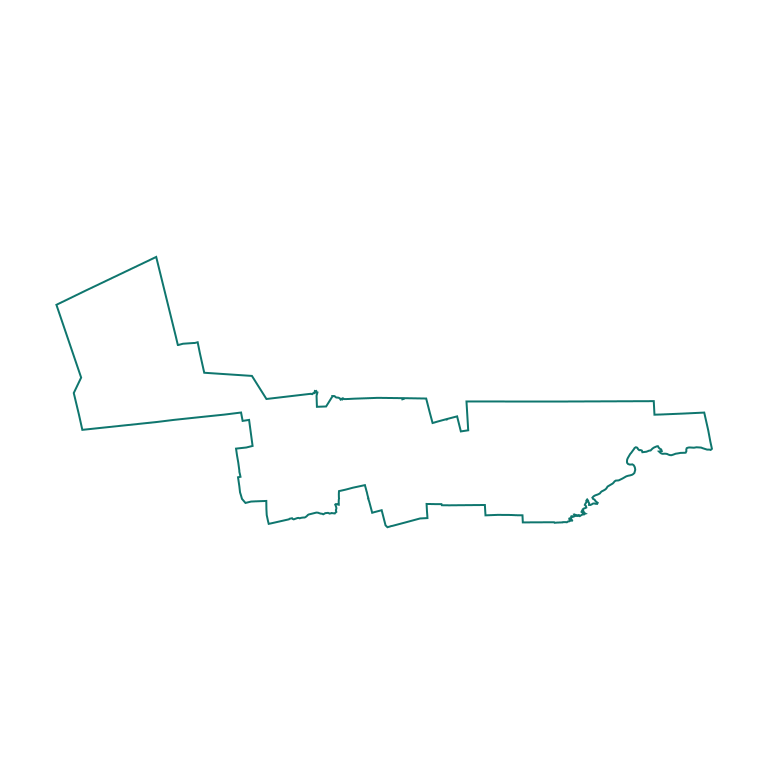 Tulumba, Córdoba, Argentina, rotated 346°
{"feature_id": "61730980B98199782535920", "entity_name": "Tulumba", "entity_type": "district", "adm_level": 2, "iso_a3": "ARG", "parent_name": "Argentina", "parent_adm1": "Córdoba", "projection": "equal_earth", "projection_center": [-63.376, -30.11], "detail": "fine", "context": "isolated", "style": "outline", "palette": "teal", "viewbox_px": 768, "rotation_deg": 346, "n_neighbors": 0, "source": "geoboundaries", "source_scale": "gbopen_adm2", "svg_char_len": 5861}
<svg xmlns="http://www.w3.org/2000/svg" viewBox="0 0 768 768"><g transform="rotate(346 384 384)"><path d="M117.1,221.2L85.3,227.9L91.7,304.5L80.8,317.7L80.6,339.8L80.2,355.5L105.2,359.0L155.1,366.0L171.5,368.0L200.8,372.1L221.9,375.1L238.4,377.1L237.9,385.6L244.4,386.2L241.5,412.3L235.0,412.3L224.8,410.9L224.1,417.8L223.6,424.8L222.7,433.0L222.4,434.3L222.4,436.7L222.3,439.3L219.8,439.2L218.9,448.2L218.1,454.3L218.3,457.7L218.4,461.1L220.8,465.9L226.5,465.9L230.1,466.6L241.5,469.0L239.6,477.1L238.5,482.8L238.3,488.5L238.3,491.8L240.5,491.9L259.0,492.3L259.8,491.9L261.6,492.0L262.3,492.0L262.8,492.9L263.7,493.5L265.5,493.3L267.6,493.1L268.8,493.3L269.7,493.9L271.3,493.8L273.1,494.0L274.5,494.3L275.6,494.2L277.3,493.4L278.6,492.6L279.4,492.4L281.0,492.4L282.3,492.4L285.3,492.4L287.2,492.4L288.8,492.9L289.8,493.6L291.1,494.4L292.5,494.9L293.5,495.7L294.9,495.4L295.7,495.1L297.8,495.4L298.5,495.5L299.2,496.0L299.7,496.5L300.4,496.5L301.1,496.7L301.8,496.5L304.9,497.7L305.3,497.3L306.2,496.9L306.8,496.6L306.8,494.7L307.4,493.8L307.8,492.9L307.8,491.9L307.7,490.4L307.5,489.2L308.0,488.9L308.8,489.2L309.4,489.1L309.9,489.3L310.2,489.9L310.9,490.2L311.1,489.5L311.5,487.4L312.3,484.9L312.7,484.2L312.8,483.1L313.0,482.3L313.5,480.1L314.2,477.7L314.5,477.0L316.2,477.1L320.5,477.2L322.5,477.2L328.7,477.1L341.0,477.5L341.1,481.7L341.1,484.1L341.2,484.6L341.1,487.6L341.2,491.3L340.9,491.3L341.2,494.4L341.4,506.1L343.3,506.0L351.2,505.9L351.3,521.5L352.7,523.8L355.7,523.7L356.4,523.6L357.9,523.7L371.0,523.5L386.5,523.2L393.7,524.6L394.2,522.1L394.9,517.9L396.3,510.7L402.3,512.3L406.3,513.4L410.7,514.5L410.8,515.6L412.9,516.2L416.2,517.0L417.5,517.4L420.1,518.0L452.6,525.8L450.7,536.0L462.7,538.5L475.5,541.8L480.5,543.3L486.6,544.9L485.2,551.9L487.6,552.5L494.0,554.0L515.6,559.3L515.9,559.9L518.8,560.4L523.9,561.5L524.2,561.3L526.9,562.0L527.9,562.4L528.1,562.4L528.4,562.2L529.4,561.9L530.3,562.1L530.9,561.9L531.5,561.8L531.8,561.8L532.2,561.7L532.5,561.7L532.9,561.9L533.3,562.1L533.5,562.1L533.6,561.9L533.3,561.2L533.0,560.8L532.8,560.8L532.5,560.8L532.2,560.8L531.7,560.9L531.3,560.7L531.2,560.3L531.1,559.6L531.2,559.4L531.3,559.3L532.2,559.3L532.5,559.4L532.9,559.4L533.2,559.3L533.3,559.1L533.6,558.4L533.7,558.2L533.6,557.8L533.7,557.7L534.1,557.7L534.2,557.8L534.4,558.0L534.5,558.0L534.8,557.9L535.0,558.0L535.0,558.5L535.5,558.4L535.8,558.4L536.0,558.6L536.6,558.4L537.2,558.3L537.3,558.3L537.3,558.2L537.4,557.9L537.2,557.8L537.1,557.7L537.1,557.4L537.3,557.3L537.3,557.2L537.0,557.0L536.9,556.6L537.2,556.6L538.2,557.5L538.5,557.5L538.9,557.9L539.0,558.3L538.9,558.5L539.0,558.6L539.4,558.7L539.3,558.2L539.4,557.9L539.5,557.9L539.9,558.3L540.4,558.5L540.9,558.6L541.2,558.3L541.4,558.3L541.6,558.5L541.7,558.9L541.6,559.0L541.3,559.0L541.7,559.4L542.0,559.6L542.5,559.4L543.3,559.1L543.8,558.9L544.2,558.9L545.1,558.6L545.6,558.6L546.2,558.9L546.4,558.6L546.5,558.5L547.1,558.7L547.7,558.4L548.0,558.4L547.3,557.7L547.1,557.5L547.0,557.0L546.8,557.4L546.7,557.4L546.4,557.4L546.0,557.0L545.5,556.9L545.4,556.7L545.2,556.5L545.2,556.4L544.9,556.2L544.7,555.9L544.9,555.7L545.1,555.8L545.2,555.7L545.3,555.4L545.7,555.2L545.8,555.1L545.6,554.8L545.7,554.7L545.8,554.6L546.0,554.6L546.4,554.3L546.9,553.8L546.8,553.6L547.6,553.2L549.0,553.1L550.4,552.8L550.4,551.2L549.6,549.9L550.6,548.7L551.8,547.7L552.1,546.1L553.2,545.2L553.8,546.5L553.8,548.0L554.2,549.4L553.7,550.9L554.8,551.3L556.3,551.1L557.7,550.6L559.0,550.7L560.3,551.4L561.8,551.9L562.6,551.0L561.6,549.8L560.8,548.5L560.3,547.1L559.1,546.1L558.7,544.7L560.0,543.8L561.3,543.3L563.4,543.0L564.1,543.0L565.3,542.8L567.0,542.4L568.2,541.4L569.5,540.8L571.0,540.5L572.5,540.1L573.8,539.6L575.1,538.6L576.1,537.6L581.1,536.1L581.6,536.0L583.0,535.2L584.1,534.3L585.5,533.8L588.4,534.3L592.6,533.4L596.8,532.2L598.8,532.1L600.6,532.2L602.7,532.1L604.0,531.7L605.4,530.9L607.0,528.1L607.2,526.3L607.1,524.8L606.6,523.2L605.6,522.1L604.3,521.9L602.7,521.5L601.5,520.7L600.8,519.2L601.1,517.6L601.7,516.1L602.6,514.9L605.9,511.5L607.2,510.6L609.7,508.5L610.7,507.7L611.7,506.7L613.1,506.3L614.3,507.1L614.8,508.7L615.7,510.0L617.0,510.2L618.1,511.0L618.2,512.7L622.3,513.2L625.1,512.8L626.6,513.0L628.9,511.6L630.5,511.0L633.4,510.5L634.7,510.6L635.2,512.3L636.2,513.8L637.1,514.5L637.3,516.2L634.5,516.0L635.3,517.3L636.3,518.5L637.6,519.2L639.4,519.5L640.5,519.8L641.8,520.4L643.0,521.4L644.3,522.2L645.6,522.6L647.7,522.5L650.1,522.2L652.1,522.4L655.1,522.6L656.1,522.8L658.7,523.4L660.1,523.6L661.1,522.4L661.5,520.6L662.2,519.5L663.8,519.3L665.2,519.5L669.3,520.8L671.9,521.0L676.3,522.4L677.7,523.4L681.6,525.8L684.2,526.5L685.0,527.0L686.5,526.2L686.6,522.8L686.7,519.0L687.4,507.3L687.8,489.2L666.8,485.0L645.4,480.6L639.0,479.2L641.6,465.9L547.3,442.8L459.8,420.9L454.5,449.3L447.1,448.6L447.1,433.1L437.3,433.2L436.7,433.6L436.2,433.6L436.2,433.2L431.6,433.3L427.2,433.4L421.7,433.6L421.5,422.8L421.4,408.3L399.7,402.5L399.6,403.2L398.1,403.3L398.1,402.1L374.5,395.9L369.7,394.9L351.4,391.0L345.2,389.8L341.7,389.0L341.5,388.9L340.9,388.1L340.6,387.9L340.4,387.9L340.3,388.0L340.2,388.3L340.1,388.7L340.0,388.8L339.6,388.3L339.4,388.2L339.2,388.4L338.9,388.4L338.7,388.2L338.5,388.3L338.5,388.5L338.4,388.7L338.2,388.8L338.1,388.7L337.9,388.2L337.8,387.8L337.7,387.4L337.5,387.1L337.2,386.8L336.0,386.0L335.4,385.9L335.0,385.8L334.0,385.2L333.1,383.8L332.1,383.6L331.9,383.4L331.0,383.2L331.0,383.5L322.4,391.8L313.4,389.9L315.7,379.1L317.3,376.2L316.8,376.0L316.7,374.8L316.5,374.3L315.6,374.4L315.2,374.1L314.9,374.6L315.0,375.3L314.9,375.7L314.5,376.1L314.0,375.8L313.3,375.7L312.6,376.1L312.1,376.5L310.9,376.1L310.7,375.8L266.3,370.1L257.8,344.2L212.3,329.6L212.8,309.6L213.3,298.4L210.2,298.4L209.4,298.2L198.7,296.3L193.6,296.4L193.4,296.3L193.4,295.9L193.5,287.2L193.7,206.9L193.7,205.6L117.1,221.2Z" fill="none" stroke="#0f766e" stroke-width="2"/></g></svg>